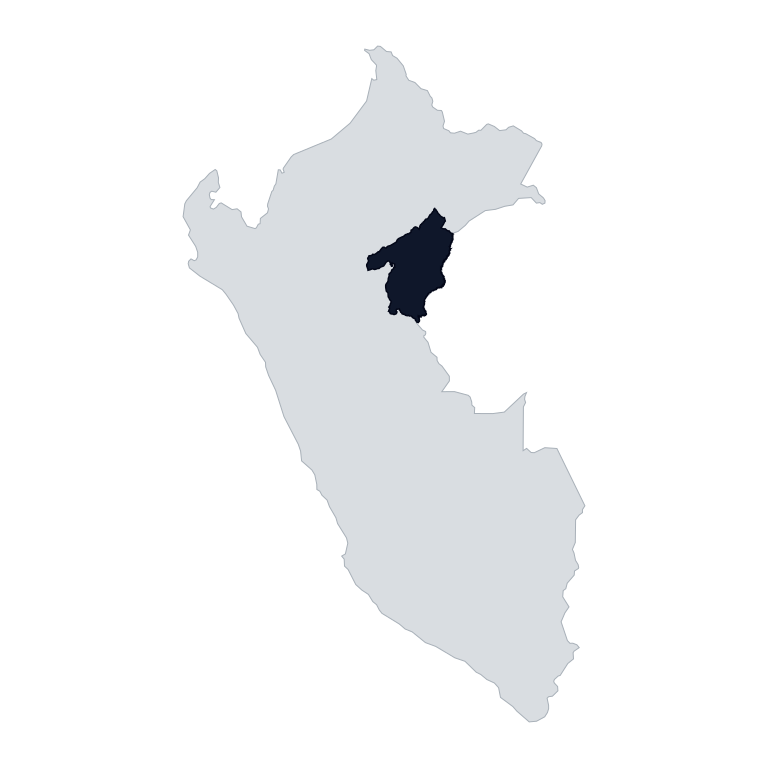 Requena, Loreto, Peru shown in context
{"feature_id": "86281439B4409689759703", "entity_name": "Requena", "entity_type": "district", "adm_level": 2, "iso_a3": "PER", "parent_name": "Peru", "parent_adm1": "Loreto", "projection": "natural_earth1", "projection_center": [-73.578, -5.99], "detail": "fine", "context": "in_parent", "style": "filled", "palette": "ink", "viewbox_px": 768, "rotation_deg": 0, "n_neighbors": 0, "source": "geoboundaries", "source_scale": "gbopen_adm2", "svg_char_len": 9671}
<svg xmlns="http://www.w3.org/2000/svg" viewBox="0 0 768 768"><path d="M545.1,200.7L544.9,203.1L542.3,204.3L539.9,202.6L536.4,203.1L531.2,197.6L518.6,198.4L513.0,204.9L504.7,206.3L495.6,209.3L485.3,210.6L469.1,221.0L465.4,225.3L458.1,231.4L452.1,233.4L449.1,252.3L443.3,263.3L441.0,269.4L444.2,278.5L444.1,283.0L440.9,286.6L438.1,287.0L432.6,290.9L424.4,299.2L422.9,305.6L425.6,314.1L424.7,315.0L417.8,316.7L418.0,321.4L416.6,323.2L422.4,329.9L425.6,331.5L425.8,333.3L425.2,335.0L423.9,335.7L423.8,337.2L428.0,342.3L431.0,352.3L437.0,357.3L437.1,360.5L438.9,363.7L442.0,366.1L449.3,376.2L449.4,380.9L441.8,391.7L454.4,391.6L468.2,395.3L470.1,397.0L471.7,401.9L471.9,405.1L474.7,407.6L474.4,413.5L492.6,413.6L504.3,412.1L523.5,394.1L526.5,392.6L524.9,396.5L524.6,399.4L525.6,402.5L523.4,406.9L523.1,450.7L526.6,448.4L531.1,452.5L534.3,452.7L544.8,447.7L556.9,448.5L584.9,505.8L582.4,509.7L582.5,512.6L579.1,515.1L575.6,519.8L575.3,542.5L572.4,549.4L574.0,553.0L575.5,560.3L578.1,564.6L578.7,567.4L578.4,568.5L574.5,571.0L574.2,575.1L567.2,583.2L565.8,588.7L563.2,590.6L562.7,596.8L569.0,606.9L564.9,612.9L561.1,621.8L567.4,640.6L570.0,643.3L572.8,643.2L576.9,644.8L579.2,647.6L574.0,651.2L573.1,652.7L573.5,658.9L567.8,663.5L560.2,675.4L558.2,676.0L554.4,679.5L553.7,681.3L554.3,683.0L557.6,686.5L557.9,690.8L552.4,696.2L548.6,696.7L547.1,698.2L548.6,705.4L548.6,708.8L547.4,712.6L544.7,716.8L536.6,721.2L529.2,721.9L516.8,711.1L512.9,706.6L500.5,697.4L498.6,687.7L494.4,683.0L486.8,679.5L480.8,674.5L476.2,672.2L465.0,661.3L454.8,657.8L435.7,646.4L425.4,642.6L412.2,631.9L405.1,629.0L399.3,624.0L382.0,613.4L379.3,610.0L376.6,604.7L372.8,601.6L368.4,594.4L362.0,590.2L355.8,584.6L348.1,569.5L344.5,566.1L344.2,559.2L341.7,556.1L345.4,553.9L347.8,543.2L346.5,537.9L337.6,523.6L335.9,517.7L329.5,506.7L327.1,500.1L322.0,495.3L319.8,491.2L316.9,489.5L316.8,484.4L314.8,474.8L311.9,470.0L301.6,460.9L300.6,451.1L298.3,444.3L284.0,416.7L275.6,390.2L268.6,375.4L265.7,366.9L265.5,362.3L260.2,354.5L257.5,347.3L245.8,333.5L239.0,318.1L238.1,313.6L233.5,305.1L226.0,294.2L222.3,289.7L200.0,276.2L189.4,267.9L188.2,263.7L188.7,261.2L191.0,258.9L194.2,260.7L196.1,259.9L197.7,256.9L197.7,252.3L195.7,246.4L188.5,235.1L190.4,229.9L183.1,216.7L184.8,203.9L186.4,200.7L197.2,187.7L200.1,182.1L204.8,178.7L209.5,173.4L215.2,169.5L216.8,170.8L218.5,177.8L218.3,182.4L219.9,187.5L215.9,192.2L211.7,191.2L210.0,192.4L209.3,194.6L210.0,198.1L211.2,199.6L214.4,199.7L210.1,206.5L210.4,207.9L213.4,209.1L216.3,207.4L219.3,203.5L221.2,202.9L232.1,209.6L237.1,208.8L241.0,211.9L241.5,216.8L247.0,226.2L255.1,228.6L256.4,227.8L258.3,224.2L260.1,223.7L260.4,218.4L267.5,212.8L268.5,208.9L267.5,206.2L267.7,204.0L271.8,191.5L273.1,190.3L274.3,186.2L275.9,183.8L278.3,169.8L280.2,169.9L282.0,173.2L284.2,172.3L283.1,169.2L283.4,168.1L291.2,156.9L293.7,154.5L331.3,139.0L350.1,123.2L366.6,101.0L371.8,78.6L373.7,80.2L376.8,79.6L375.8,70.6L376.5,66.3L376.4,65.0L371.3,59.6L369.1,53.7L364.6,50.4L364.8,49.1L369.6,50.3L373.9,49.8L377.6,46.1L380.4,46.4L386.5,51.5L391.1,51.9L392.6,55.6L397.0,58.2L403.3,65.9L406.2,74.3L406.0,75.9L408.8,80.3L414.9,82.5L421.0,88.7L427.4,90.6L430.2,96.2L431.9,98.0L432.8,101.2L431.8,105.0L432.7,107.0L437.4,110.3L441.4,110.5L442.3,112.0L444.5,121.3L443.0,126.0L443.6,128.5L448.9,130.8L450.4,132.8L454.5,133.2L460.5,131.2L467.8,134.1L473.4,133.0L476.0,132.3L478.7,130.2L480.9,130.3L486.7,124.4L488.3,123.9L494.4,126.5L499.6,130.6L506.0,129.8L508.6,127.3L513.3,125.9L521.6,130.9L523.5,133.2L525.8,133.7L534.7,138.7L536.3,140.6L541.1,142.5L542.0,144.1L541.7,145.9L520.7,184.0L527.2,187.1L533.3,185.2L536.4,187.7L538.7,193.9L543.5,198.0L545.1,200.7Z" fill="#d9dde1" stroke="#a8b0b8" stroke-width="1"/><path d="M366.7,265.9L367.9,269.3L368.0,270.3L369.9,269.8L372.4,268.8L374.7,269.5L376.7,268.9L377.5,268.5L379.0,268.5L380.5,267.1L383.6,266.0L384.8,264.3L386.1,262.2L388.0,260.9L388.5,260.9L389.7,261.7L390.1,262.8L390.9,263.0L390.9,263.5L390.3,264.2L391.0,264.8L391.2,265.8L391.6,266.3L392.2,266.2L392.5,265.7L391.7,264.0L391.9,263.1L392.5,263.1L393.4,263.8L394.6,264.0L394.7,265.0L394.4,266.5L394.7,267.0L394.2,267.0L393.7,267.7L393.5,268.8L392.0,269.7L391.6,270.4L391.4,271.7L389.0,274.1L389.2,275.9L388.3,278.3L388.1,280.8L387.7,281.9L386.0,284.3L385.7,285.3L385.7,287.2L386.3,291.1L388.0,292.9L388.2,296.5L388.4,297.2L389.2,298.3L389.7,299.7L390.7,300.7L391.3,301.9L390.3,304.0L390.1,305.3L388.8,307.1L389.5,307.8L389.6,308.5L389.3,309.5L388.8,310.3L388.8,311.2L388.7,311.3L389.0,311.4L390.0,312.7L390.2,313.5L391.2,313.9L393.1,314.1L393.8,314.5L394.2,314.5L396.0,313.9L396.8,312.7L396.9,311.8L396.1,311.6L396.3,309.5L396.9,309.1L397.7,309.2L399.2,308.8L399.6,309.3L399.5,310.1L400.3,310.7L400.4,311.6L400.8,312.3L401.7,312.8L402.0,313.7L402.3,313.7L402.6,314.0L403.0,313.8L403.5,314.3L404.9,314.4L405.2,315.1L406.2,315.5L407.7,315.7L408.6,315.3L409.3,316.0L410.9,315.9L412.2,316.6L412.2,317.2L412.5,317.5L415.5,319.2L415.5,320.4L416.1,320.8L416.4,321.7L417.2,322.4L418.2,322.2L418.5,322.4L418.9,321.5L419.3,321.3L419.1,320.4L419.5,320.2L419.1,318.5L419.2,318.2L418.6,317.7L418.1,316.4L418.2,315.9L418.8,316.6L419.2,316.0L419.7,316.5L419.8,316.9L420.3,316.7L421.0,317.0L421.3,315.7L422.1,315.7L422.3,315.2L423.4,315.5L423.6,315.2L424.3,315.1L424.5,315.2L424.5,315.7L425.5,315.3L426.4,314.2L426.3,313.5L425.7,312.8L425.9,311.8L425.6,311.4L425.7,311.1L425.1,310.7L424.9,310.8L424.9,310.4L424.6,310.3L424.7,310.1L424.4,309.9L424.4,309.1L424.0,308.9L424.0,308.4L423.4,308.0L423.6,307.5L423.2,307.5L423.2,307.1L423.6,306.5L423.5,306.0L424.3,304.8L424.4,304.4L424.2,303.9L424.5,303.2L424.2,303.0L424.4,302.6L424.3,301.9L424.8,301.4L424.3,300.4L424.7,299.3L425.5,298.4L425.9,296.8L426.4,296.8L426.8,295.8L427.3,295.5L427.7,294.5L428.0,294.4L428.2,293.6L428.6,293.6L428.6,293.3L429.8,292.5L430.6,292.4L431.4,291.0L432.5,290.6L433.1,290.7L433.5,290.3L433.7,290.5L434.5,289.8L435.0,289.9L435.3,289.5L436.1,289.5L436.2,289.2L436.4,289.2L436.3,288.7L436.6,288.2L436.8,288.4L437.3,287.7L437.5,287.8L437.4,287.7L437.6,287.6L437.9,287.7L438.0,287.9L438.4,287.6L439.0,287.8L439.2,287.5L439.7,287.4L440.0,287.7L440.5,287.2L440.9,287.7L440.8,287.3L441.3,287.5L441.2,286.9L441.4,286.6L441.9,287.1L442.3,286.6L442.0,286.2L442.3,286.2L442.1,286.0L442.3,285.8L442.4,286.0L442.7,285.9L442.5,285.7L442.9,285.5L442.5,285.3L442.5,285.1L443.0,285.3L443.1,284.9L443.3,285.4L443.4,285.2L443.7,285.2L444.0,284.4L444.0,284.8L444.2,284.6L444.3,284.1L444.0,283.9L444.4,283.4L444.4,282.9L444.7,282.8L444.7,283.0L445.0,282.5L444.6,281.7L444.8,281.3L445.1,281.3L445.2,280.8L444.7,280.1L444.4,280.3L444.4,279.6L444.2,279.8L444.3,279.5L444.1,279.4L444.3,279.2L444.0,279.0L443.9,278.1L443.7,278.3L443.8,277.7L443.6,277.9L443.5,277.7L443.5,276.8L443.3,276.5L443.5,276.5L443.4,276.0L442.8,275.3L442.6,275.5L441.9,273.9L441.7,274.1L441.5,273.9L441.8,273.2L441.4,273.0L441.6,272.9L441.6,272.5L440.7,271.3L440.6,269.8L441.0,269.5L440.9,269.1L441.1,269.2L440.9,268.6L441.3,268.6L441.0,268.1L441.2,267.8L441.0,267.7L441.3,267.4L440.9,267.4L441.0,267.1L441.2,266.9L441.6,266.8L441.4,266.6L441.8,266.6L441.6,266.5L441.9,266.1L442.6,266.0L442.5,265.5L442.3,265.4L442.5,265.2L442.5,265.4L442.9,264.7L442.6,263.7L442.8,263.6L442.8,263.1L443.0,263.2L443.2,262.4L443.4,262.4L443.2,262.0L443.6,261.6L443.5,261.4L443.4,261.6L443.7,260.9L444.2,261.0L444.2,260.7L444.4,261.0L444.6,260.5L444.8,260.8L444.9,260.5L444.9,259.6L445.3,259.4L445.7,259.5L445.7,259.2L445.7,258.9L446.1,259.0L446.1,258.8L445.8,258.8L446.0,258.5L446.2,258.3L446.4,258.5L446.5,258.2L446.8,258.2L446.9,257.8L446.8,257.5L447.1,257.5L447.0,256.9L447.9,256.2L447.6,256.0L448.3,255.9L448.3,255.6L448.5,255.8L448.4,255.5L448.7,255.3L448.4,255.0L448.6,254.7L448.8,255.0L448.7,254.6L449.0,254.5L449.0,254.1L449.1,253.9L448.8,253.8L449.0,253.3L449.5,253.1L449.7,253.3L449.8,253.1L449.3,251.5L449.7,250.7L450.0,250.4L449.8,250.3L450.0,250.2L449.7,250.0L450.1,249.7L449.9,249.5L450.5,248.9L450.0,249.0L450.0,248.2L449.8,248.2L449.7,247.2L450.1,246.6L449.8,246.6L450.0,246.1L449.8,246.1L450.2,245.6L450.2,245.4L450.7,244.6L450.5,244.3L450.9,243.9L450.8,243.6L451.2,243.1L451.0,242.8L451.5,242.6L451.5,242.4L451.4,242.3L451.6,241.9L452.0,241.8L451.8,241.5L451.8,241.2L451.6,241.4L451.6,241.2L452.1,240.8L451.9,240.6L452.1,240.7L452.2,240.4L452.1,240.2L452.5,240.1L452.6,239.7L452.4,239.6L452.7,239.6L452.7,239.0L452.9,238.9L452.6,238.6L452.7,238.1L452.9,238.0L452.5,238.1L452.8,237.5L452.7,237.0L452.8,236.6L452.5,236.4L452.4,235.9L452.7,235.5L452.5,235.4L452.5,235.7L452.3,235.8L452.4,235.3L452.2,235.4L452.1,235.0L452.8,234.5L452.7,234.2L453.1,234.0L452.2,233.4L451.3,233.3L450.2,232.4L449.0,230.8L448.4,231.0L446.8,230.3L445.4,228.9L443.1,228.8L441.0,227.8L443.3,224.5L444.6,221.8L445.3,221.1L444.4,217.7L443.4,218.1L442.7,217.3L441.6,216.9L440.2,215.8L439.3,214.5L438.2,213.6L437.0,211.3L436.1,210.4L435.9,209.6L435.0,209.1L434.7,208.5L433.9,209.2L433.6,211.2L432.9,211.6L432.2,212.4L431.7,213.6L430.0,214.8L428.0,218.4L427.2,219.0L425.9,219.1L425.2,219.8L424.2,221.4L423.3,222.0L422.7,223.1L421.9,223.4L421.5,224.4L420.7,224.6L419.8,226.3L419.8,226.9L420.1,227.3L419.2,228.7L419.0,229.3L418.4,228.9L418.1,228.1L416.7,227.3L415.3,226.9L414.5,227.3L413.8,227.8L412.5,229.5L411.1,230.2L411.0,232.1L410.3,232.8L409.3,233.2L408.9,233.9L407.5,233.8L406.4,234.5L405.5,234.6L403.4,236.5L402.1,236.9L398.4,238.7L397.1,240.1L396.4,242.0L390.3,245.6L388.0,246.2L387.1,246.8L386.1,248.1L385.2,247.9L384.2,247.2L382.8,247.3L381.3,248.9L379.1,251.9L378.2,251.7L377.8,252.2L375.2,254.2L374.2,254.5L372.6,254.3L371.7,255.5L369.0,255.8L368.7,256.7L367.7,258.2L367.8,258.9L368.6,260.9L367.5,263.4L366.8,264.3L366.7,265.9Z" fill="#0f172a" stroke="#020617" stroke-width="1.5"/></svg>